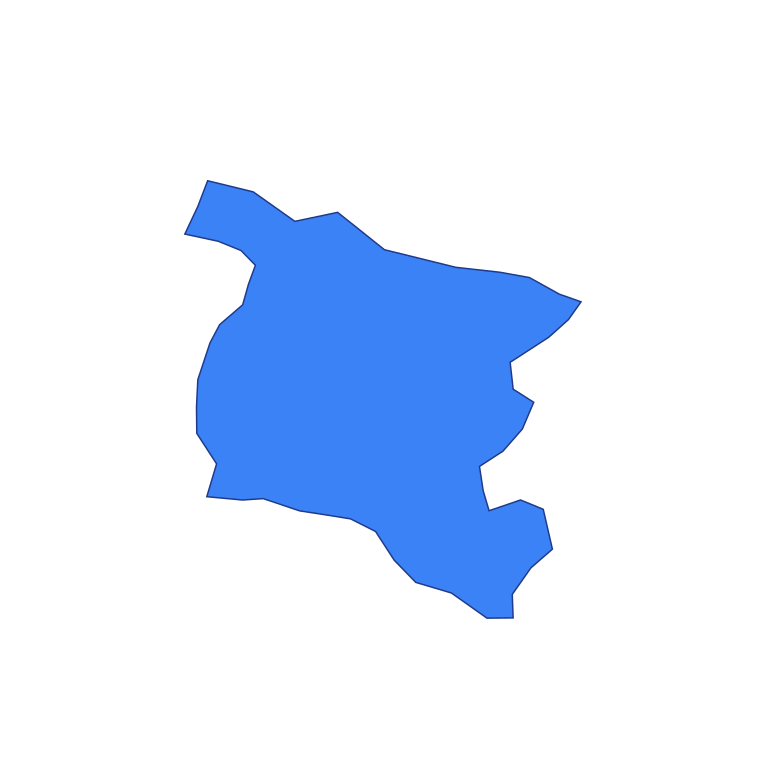 outline of Argaki, Cyprus, rotated 147°
{"feature_id": "46923920B73133986650844", "entity_name": "Argaki", "entity_type": "district", "adm_level": 2, "iso_a3": "CYP", "parent_name": "Cyprus", "parent_adm1": "", "projection": "mercator", "projection_center": [33.035, 35.188], "detail": "fine", "context": "isolated", "style": "filled", "palette": "blue", "viewbox_px": 768, "rotation_deg": 147, "n_neighbors": 0, "source": "geoboundaries", "source_scale": "gbopen_adm2", "svg_char_len": 783}
<svg xmlns="http://www.w3.org/2000/svg" viewBox="0 0 768 768"><g transform="rotate(147 384 384)"><path d="M389.0,616.3L421.2,650.5L443.3,634.4L469.4,618.2L445.3,594.0L431.2,573.8L427.2,553.6L443.3,541.5L459.4,527.4L489.5,523.3L507.6,513.2L537.8,489.0L553.8,466.8L567.9,444.6L567.9,408.2L594.0,386.0L565.9,363.8L547.8,353.7L523.7,323.4L505.6,307.3L485.5,289.1L471.4,264.9L471.4,230.6L465.4,200.3L441.3,172.0L425.2,131.6L403.1,117.5L391.0,137.7L360.9,149.8L332.7,153.8L318.7,192.2L332.7,212.4L364.9,220.5L358.9,240.6L348.8,262.9L320.7,262.9L292.5,270.9L268.4,287.1L278.5,309.3L266.4,333.5L220.2,333.5L194.1,337.6L174.0,345.6L188.0,363.8L204.1,394.1L225.7,414.4L260.3,442.8L310.5,496.4L329.4,553.2L370.2,569.0L389.0,616.3Z" fill="#3b82f6" stroke="#1e3a8a" stroke-width="1.5"/></g></svg>